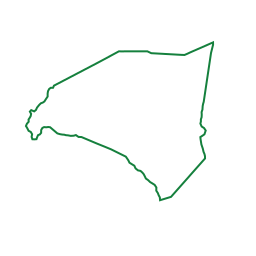 outline of Major Isidoro, Alagoas, Brazil, rotated 169°
{"feature_id": "56859067B9836424161679", "entity_name": "Major Isidoro", "entity_type": "district", "adm_level": 2, "iso_a3": "BRA", "parent_name": "Brazil", "parent_adm1": "Alagoas", "projection": "natural_earth1", "projection_center": [-36.973, -9.523], "detail": "fine", "context": "isolated", "style": "outline", "palette": "green", "viewbox_px": 256, "rotation_deg": 169, "n_neighbors": 0, "source": "geoboundaries", "source_scale": "gbopen_adm2", "svg_char_len": 1557}
<svg xmlns="http://www.w3.org/2000/svg" viewBox="0 0 256 256"><g transform="rotate(169 128 128)"><path d="M94.4,199.6L120.5,204.6L122.3,205.0L143.1,198.5L192.6,183.7L193.9,181.8L196.2,182.2L198.0,181.3L199.5,179.4L200.3,177.2L200.9,174.2L203.1,172.0L205.0,170.0L206.8,169.2L208.8,168.9L210.9,167.5L213.4,165.4L214.9,163.3L216.9,162.2L219.6,164.0L221.2,162.8L220.4,160.4L221.3,158.2L222.6,156.7L224.0,155.3L224.3,153.1L226.4,151.5L227.8,149.4L227.0,147.3L226.1,144.2L224.2,142.7L223.3,140.2L224.3,137.7L224.0,135.2L221.9,134.7L220.0,134.5L219.0,136.2L217.7,138.1L215.8,138.5L214.2,139.8L213.6,142.6L212.0,144.4L210.2,144.9L208.1,144.3L206.1,144.2L204.3,143.6L198.4,136.2L195.9,134.9L193.8,134.1L191.9,133.6L190.3,132.8L188.2,132.2L185.7,131.2L182.8,130.8L180.5,131.0L178.3,128.7L175.4,128.0L161.7,118.8L154.0,113.8L148.7,110.3L135.6,100.3L134.6,98.0L133.8,96.1L133.2,93.7L131.1,91.7L129.0,89.8L128.3,86.9L126.3,84.5L123.9,83.5L122.4,81.5L121.4,79.7L120.7,77.3L120.1,75.0L118.2,73.0L116.6,70.7L114.8,69.1L112.7,67.1L111.5,64.2L112.2,61.1L111.1,58.4L110.7,56.0L110.0,53.9L110.3,51.0L98.9,52.2L82.2,65.0L78.0,68.2L76.1,69.7L58.2,83.4L57.8,85.7L57.9,87.9L58.4,90.2L58.5,93.4L58.8,95.7L59.1,97.9L59.0,100.4L58.9,103.2L58.7,105.3L56.7,106.1L54.2,107.2L52.2,110.7L53.4,113.5L55.4,115.4L56.1,118.5L55.2,120.5L54.8,122.6L53.7,124.5L53.1,126.9L52.7,129.6L51.4,131.9L50.5,135.3L49.6,137.5L48.7,139.2L34.6,179.0L32.2,185.8L28.6,193.5L28.2,195.8L52.7,190.3L55.4,189.6L58.6,188.9L62.8,189.9L90.9,197.0L94.4,199.6Z" fill="none" stroke="#15803d" stroke-width="2"/></g></svg>